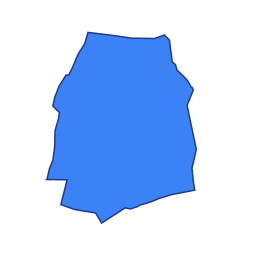 outline of Nomgon, Ömnögovi, Mongolia, rotated 12°
{"feature_id": "93677404B86751370010695", "entity_name": "Nomgon", "entity_type": "district", "adm_level": 2, "iso_a3": "MNG", "parent_name": "Mongolia", "parent_adm1": "Ömnögovi", "projection": "orthographic", "projection_center": [105.179, 42.406], "detail": "fine", "context": "isolated", "style": "filled", "palette": "blue", "viewbox_px": 256, "rotation_deg": 12, "n_neighbors": 0, "source": "geoboundaries", "source_scale": "gbopen_adm2", "svg_char_len": 1568}
<svg xmlns="http://www.w3.org/2000/svg" viewBox="0 0 256 256"><g transform="rotate(12 128 128)"><path d="M144.3,29.5L134.9,35.1L129.4,36.1L113.1,39.3L91.4,40.8L69.0,42.8L68.1,54.7L63.9,65.8L61.1,80.4L59.0,88.7L56.4,89.1L51.9,101.3L49.9,113.8L50.0,117.2L49.8,122.0L53.8,124.8L57.7,127.0L58.1,133.5L57.2,145.8L60.2,161.7L61.2,175.1L59.6,184.1L59.6,186.9L59.4,195.2L59.3,195.3L64.6,194.2L66.1,193.9L69.8,193.2L74.8,192.2L76.3,191.9L76.5,191.8L79.2,191.3L79.1,193.1L79.0,197.7L78.8,203.0L78.5,210.3L78.3,216.9L80.3,217.1L84.8,217.8L85.8,217.9L92.9,218.8L95.6,218.7L100.9,218.5L105.7,218.2L110.0,218.0L114.0,217.9L118.2,222.4L121.7,226.2L121.9,226.5L123.2,225.3L125.7,222.8L128.8,219.7L129.7,218.8L135.0,213.5L135.5,213.1L135.7,212.8L136.6,211.9L136.8,211.7L140.1,208.4L141.1,207.5L141.5,207.0L141.9,206.7L144.7,206.7L147.2,206.7L149.6,205.2L150.2,204.9L150.7,204.6L151.3,204.3L152.0,203.9L153.6,203.0L154.1,202.5L154.5,202.1L155.5,201.1L159.0,199.2L164.5,196.2L167.0,194.6L167.9,194.1L170.1,192.5L173.4,190.2L177.1,188.2L178.6,187.4L180.2,186.5L185.1,183.8L192.1,180.9L195.6,179.4L200.1,177.5L203.2,176.2L206.2,174.9L203.4,167.8L198.9,153.9L199.2,144.8L199.2,134.9L198.2,132.3L185.3,103.2L181.1,93.5L184.0,77.1L183.9,77.0L183.8,76.9L183.7,76.8L183.6,76.7L183.4,76.5L183.4,76.4L183.3,76.2L183.2,76.1L183.0,75.8L182.9,75.7L182.7,75.5L182.6,75.4L182.5,75.2L182.4,75.1L182.1,75.0L182.0,74.9L181.9,74.9L181.7,74.9L181.4,74.9L181.2,74.7L176.3,69.2L171.7,65.9L163.9,61.2L161.3,56.3L157.5,54.0L150.2,33.3L144.3,29.5Z" fill="#3b82f6" stroke="#1e3a8a" stroke-width="1.5"/></g></svg>